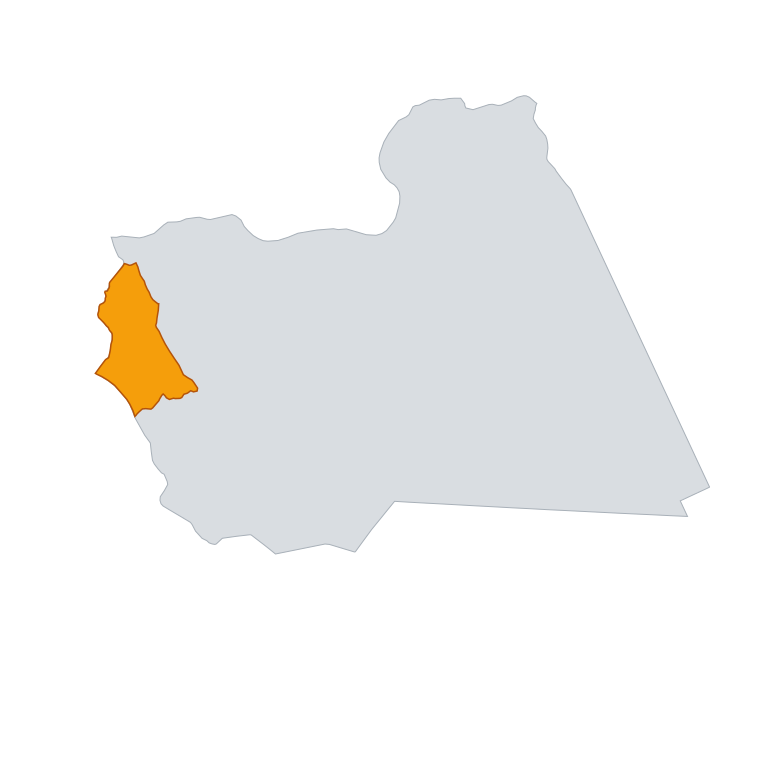 Ghadamis on a map of Libya (Mercator projection), rotated 335°
{"feature_id": "LBY-2882", "entity_name": "Ghadamis", "entity_type": "Municipality", "adm_level": 1, "iso_a3": "LBY", "parent_name": "Libya", "parent_adm1": "", "projection": "mercator", "projection_center": [10.859, 30.473], "detail": "fine", "context": "in_parent", "style": "filled", "palette": "amber", "viewbox_px": 768, "rotation_deg": 335, "n_neighbors": 0, "source": "natural_earth", "source_scale": "10m", "svg_char_len": 4757}
<svg xmlns="http://www.w3.org/2000/svg" viewBox="0 0 768 768"><g transform="rotate(335 384 384)"><path d="M134.5,248.2L138.3,246.2L143.8,243.9L146.7,242.2L147.9,240.8L152.0,235.0L154.1,231.8L157.1,227.3L158.4,224.3L158.4,221.4L158.0,217.9L155.7,209.6L153.8,201.6L155.2,198.5L156.4,197.0L159.0,193.2L160.0,192.4L165.5,191.2L167.7,188.7L169.4,185.5L169.8,183.8L172.2,182.1L175.1,180.3L176.8,178.1L182.6,174.5L187.9,171.3L194.1,167.9L198.8,165.3L199.8,163.0L199.8,161.0L197.2,156.5L197.2,151.1L197.4,146.7L197.6,144.0L198.8,136.7L198.8,135.7L203.8,138.1L208.8,139.1L224.0,148.2L228.7,149.3L239.3,150.4L251.8,146.7L256.5,146.0L264.7,149.5L268.3,150.5L274.4,150.7L284.7,153.9L287.4,155.0L293.4,160.0L296.3,161.6L317.8,166.2L320.8,169.2L323.7,175.0L323.9,182.2L325.5,187.5L328.2,194.2L331.4,199.0L335.0,203.0L339.1,205.5L348.5,209.1L359.1,210.5L369.8,211.0L388.2,216.1L403.8,221.9L407.7,224.7L415.5,227.6L431.0,241.2L439.7,245.9L445.7,246.8L451.2,246.0L460.8,241.2L464.8,238.4L474.6,226.7L477.8,220.5L479.0,216.2L478.7,211.7L477.5,207.8L474.8,203.6L472.9,198.1L471.8,188.1L473.3,181.2L475.1,177.0L478.1,172.8L486.2,164.6L494.3,158.9L508.6,151.4L516.9,151.3L520.3,150.5L527.2,145.1L529.9,144.9L533.8,146.2L545.0,145.9L550.0,147.3L555.9,150.7L563.4,152.7L568.7,154.8L574.3,157.4L575.6,164.0L574.9,165.9L574.8,168.4L580.6,173.0L597.2,175.1L600.5,176.3L605.0,179.7L608.0,180.8L619.3,181.3L625.9,180.5L632.2,181.7L634.6,182.9L637.0,185.6L639.9,192.1L641.1,194.3L639.8,195.4L638.0,197.6L636.9,199.7L633.9,202.9L631.4,206.5L631.6,211.6L632.2,216.8L633.9,221.9L635.3,227.6L634.9,231.3L633.7,235.8L632.2,239.6L627.3,247.4L626.6,249.2L626.8,251.8L629.8,261.0L630.0,263.9L631.8,272.8L633.5,280.0L635.3,285.7L635.5,287.3L635.5,295.6L635.5,303.9L635.5,312.2L635.5,320.4L635.5,328.7L635.5,336.9L635.5,345.2L635.5,353.4L635.5,361.6L635.5,369.7L635.5,377.9L635.5,386.0L635.5,394.1L635.5,402.3L635.5,410.3L635.5,418.4L635.5,426.5L635.5,434.5L635.5,442.6L635.5,450.6L635.5,458.6L635.5,466.6L635.5,474.5L635.5,482.5L635.5,490.5L635.5,498.4L635.5,506.3L635.5,514.2L635.5,522.1L635.5,530.0L635.5,537.9L635.5,545.7L635.5,563.1L635.5,580.4L635.5,597.7L635.5,614.9L635.4,615.0L635.2,615.1L627.1,615.1L619.1,615.1L611.1,615.1L603.1,615.1L603.1,619.4L603.1,623.7L603.1,628.0L603.1,632.3L587.6,624.2L572.1,616.0L556.6,607.9L541.0,599.7L525.5,591.5L510.0,583.3L494.5,575.1L478.9,566.9L463.4,558.6L447.9,550.4L432.4,542.1L416.8,533.8L401.3,525.5L385.8,517.2L370.2,508.9L354.7,500.6L344.0,494.8L332.4,500.4L323.4,504.8L311.4,510.6L297.7,518.1L287.2,523.9L286.7,523.9L286.2,523.7L275.2,513.9L266.7,506.3L262.9,504.1L246.8,500.2L230.7,496.3L213.8,492.2L210.8,486.0L207.3,479.0L202.7,470.2L199.9,464.8L198.9,464.0L186.0,459.7L172.3,455.5L164.3,458.1L162.9,457.9L160.6,456.3L158.4,454.1L157.2,451.1L153.9,447.0L151.0,437.7L150.7,430.3L150.1,427.6L143.0,417.1L136.5,407.6L132.2,401.2L131.3,398.3L131.8,394.8L133.6,391.6L139.9,387.8L145.5,383.7L146.3,380.8L146.6,372.9L144.8,370.5L143.4,365.8L142.0,359.4L141.9,355.4L144.4,347.2L147.3,338.7L145.5,329.3L144.1,310.3L145.0,295.2L144.3,289.7L143.8,287.4L141.8,280.3L139.5,272.9L138.4,270.3L135.4,264.4L130.3,257.0L127.7,252.4L131.3,250.0L134.5,248.2Z" fill="#d9dde1" stroke="#a8b0b8" stroke-width="1"/><path d="M172.2,182.8L172.9,182.6L173.9,181.7L175.1,181.0L176.2,179.9L177.5,176.9L178.4,175.9L188.4,171.1L196.9,167.0L199.1,165.5L199.5,165.1L199.8,165.3L201.7,167.0L203.3,168.8L205.2,169.4L210.4,169.4L210.4,173.9L209.7,177.8L209.1,182.6L209.7,186.7L210.2,189.5L209.6,193.3L209.5,197.8L209.9,201.6L209.6,206.4L210.1,209.8L211.5,212.8L213.1,215.9L213.7,216.1L210.6,221.8L206.2,228.2L203.6,232.5L201.9,234.3L201.6,236.4L202.4,241.3L202.3,247.9L202.6,255.5L203.5,263.8L204.8,272.5L206.1,280.4L206.1,290.8L208.7,295.2L211.6,299.2L212.3,302.3L213.3,309.0L212.7,309.9L211.6,311.4L208.0,310.6L206.0,308.4L202.7,309.1L201.5,309.2L198.4,308.7L197.2,309.4L195.0,310.8L193.0,310.8L188.7,309.0L187.2,307.9L183.0,307.3L181.0,304.6L180.5,301.9L179.6,299.7L177.7,300.4L175.4,302.0L174.7,302.4L172.9,304.0L170.0,305.3L167.1,306.6L164.3,307.9L162.2,308.3L157.6,305.6L154.5,304.5L153.0,304.9L150.1,305.8L147.6,306.7L145.9,307.6L144.5,308.1L145.2,301.9L145.1,294.9L144.4,289.2L141.9,280.3L139.3,271.4L135.5,264.2L131.3,257.9L129.6,255.9L127.7,253.6L126.9,252.4L134.5,248.2L141.8,244.3L142.7,244.1L145.1,243.9L145.9,243.4L149.9,238.2L153.3,232.7L156.3,229.3L158.3,225.1L158.8,223.6L158.8,222.3L158.0,219.7L157.9,218.3L158.0,216.9L158.0,216.2L157.0,214.0L156.0,210.0L153.6,203.5L153.5,202.9L153.9,200.4L154.4,199.5L156.4,197.2L158.6,193.3L160.3,192.0L163.9,192.0L165.7,191.3L166.2,190.9L166.7,190.4L167.1,189.8L167.6,188.5L169.0,187.2L169.4,186.0L169.7,182.9L170.4,182.1L171.0,182.2L171.6,182.5L172.2,182.8Z" fill="#f59e0b" stroke="#b45309" stroke-width="1.5"/></g></svg>